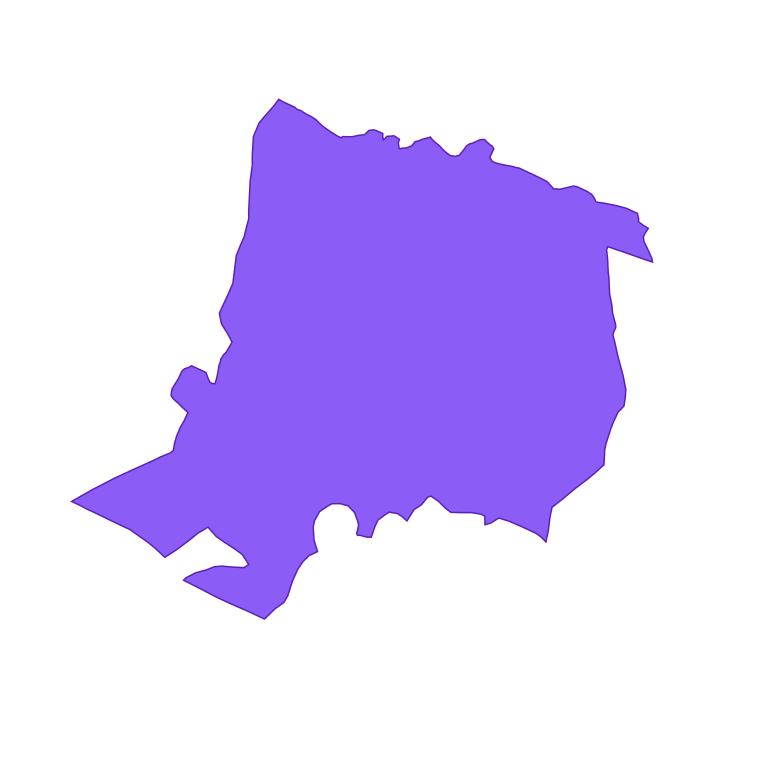 Al-Rifai, Dhi-Qar, Iraq, rotated 25°
{"feature_id": "34846034B62362991729870", "entity_name": "Al-Rifai", "entity_type": "district", "adm_level": 2, "iso_a3": "IRQ", "parent_name": "Iraq", "parent_adm1": "Dhi-Qar", "projection": "robinson", "projection_center": [46.048, 31.665], "detail": "fine", "context": "isolated", "style": "filled", "palette": "violet", "viewbox_px": 768, "rotation_deg": 25, "n_neighbors": 0, "source": "geoboundaries", "source_scale": "gbopen_adm2", "svg_char_len": 3902}
<svg xmlns="http://www.w3.org/2000/svg" viewBox="0 0 768 768"><g transform="rotate(25 384 384)"><path d="M204.9,389.4L207.7,393.4L211.0,397.8L213.1,399.4L221.2,404.6L228.6,410.3L227.6,421.9L226.3,425.1L225.6,430.4L226.3,432.8L226.6,436.8L228.3,442.8L230.0,450.1L230.7,455.3L227.9,456.1L225.6,456.1L224.2,454.9L221.8,452.9L217.8,448.8L213.4,448.8L207.6,448.8L201.9,448.8L199.8,451.7L196.8,454.5L195.4,457.7L195.4,460.9L195.4,466.1L194.7,471.4L194.0,477.8L195.1,482.2L196.1,484.6L199.5,486.6L204.9,488.2L211.7,490.6L218.4,492.7L218.4,495.9L218.4,501.5L217.7,509.1L218.1,519.2L219.1,525.6L221.1,533.2L219.4,536.9L212.3,544.5L207.2,550.9L191.9,568.6L179.7,583.1L164.8,602.4L157.6,612.4L150.5,622.5L151.5,622.5L156.6,622.5L161.0,622.5L166.8,622.9L178.3,622.9L201.7,623.3L215.3,623.3L237.5,627.4L246.5,629.7L258.6,633.7L265.7,622.5L272.9,609.1L278.6,597.5L285.0,588.1L296.3,593.1L305.7,594.8L318.5,596.6L327.5,598.4L337.7,604.7L334.7,609.6L324.9,613.6L314.0,617.6L307.6,621.2L301.2,627.9L293.2,634.6L286.5,643.1L285.3,646.6L301.5,647.1L323.0,648.0L336.6,648.0L356.5,647.5L371.6,647.5L375.0,647.5L380.3,633.7L385.6,624.3L386.3,616.7L384.4,602.0L384.1,589.0L385.6,579.2L388.6,571.2L394.6,564.0L386.3,554.7L384.0,550.3L380.3,543.5L378.8,537.2L379.5,527.0L384.0,519.4L387.4,514.5L395.0,510.9L403.2,509.6L411.9,513.1L415.3,516.7L418.3,519.6L420.6,522.7L421.8,527.5L422.3,531.0L424.0,532.4L425.2,531.7L425.9,531.3L433.0,530.1L437.2,528.3L436.0,516.7L436.0,510.0L440.5,501.5L442.8,498.0L451.1,495.7L456.7,496.6L462.7,498.4L464.2,485.4L469.1,477.4L471.4,468.0L474.0,465.8L482.3,467.1L492.5,470.7L498.9,472.1L501.0,471.1L508.3,468.0L509.1,467.6L517.7,463.6L527.1,460.9L531.3,461.3L535.0,468.9L539.5,464.9L544.8,456.9L555.3,455.5L567.8,455.1L576.4,455.1L585.1,455.1L591.5,456.4L597.5,458.7L594.9,447.5L590.7,434.5L588.4,424.7L594.1,413.6L601.2,398.4L608.7,384.1L612.9,375.2L617.5,364.2L611.8,350.2L610.4,344.1L608.5,329.0L608.0,321.7L608.0,310.5L610.8,302.7L608.4,294.3L605.6,287.0L597.1,275.3L583.9,259.6L574.9,247.8L570.7,242.8L570.2,239.5L570.2,236.7L570.2,235.0L568.8,232.2L561.2,223.2L557.4,216.5L550.4,207.0L542.8,192.4L540.0,188.0L533.8,176.2L529.1,168.4L528.7,165.0L538.6,163.9L539.4,163.8L555.0,162.2L571.1,160.6L575.8,160.0L573.9,157.2L566.8,151.0L559.3,144.9L556.9,141.0L556.9,137.0L557.8,131.2L552.5,130.7L546.1,129.4L545.0,126.7L541.6,122.3L538.7,122.3L536.0,122.3L529.6,122.3L519.8,124.0L513.8,125.4L506.7,127.2L501.0,129.0L499.1,129.4L496.1,126.7L492.4,124.5L486.7,123.6L480.3,123.6L475.5,123.6L472.1,124.5L467.6,128.1L460.8,133.4L457.4,134.3L455.9,135.7L454.3,135.0L449.5,133.0L446.1,131.6L433.0,131.2L425.5,131.2L421.3,131.2L417.2,131.2L415.3,131.2L411.9,132.1L408.9,132.5L399.9,134.8L393.9,136.1L390.5,136.5L388.2,136.5L386.0,135.2L384.1,133.9L384.1,128.5L384.1,124.5L381.5,122.7L378.8,122.3L374.3,120.9L372.1,120.0L370.2,120.5L367.6,122.3L362.7,128.1L360.0,130.3L358.2,133.4L356.7,140.6L355.5,145.0L352.2,147.7L347.3,149.0L340.1,147.3L333.4,144.6L327.7,143.2L324.0,141.9L321.7,140.6L318.7,143.2L314.9,146.4L312.7,149.0L309.7,151.3L308.5,156.2L305.9,159.3L303.7,161.1L301.0,162.4L299.5,163.8L298.4,164.2L297.6,163.3L295.0,159.3L294.6,155.7L291.6,155.3L289.7,154.9L287.9,154.9L285.2,156.6L281.8,158.4L281.1,161.5L280.3,162.9L278.5,160.7L277.0,157.5L274.0,157.5L270.6,157.5L267.2,158.0L265.7,158.9L263.1,160.7L261.5,165.1L260.8,166.5L257.7,168.3L256.3,169.1L250.3,173.6L247.3,174.9L244.2,176.3L242.0,177.2L241.2,179.0L237.8,179.0L233.3,178.5L226.6,177.6L219.4,176.3L210.4,173.2L204.4,172.3L199.5,172.3L193.1,171.4L189.0,171.8L186.3,170.9L182.2,170.9L179.6,170.9L175.4,170.9L173.2,170.9L168.3,170.5L166.6,178.6L162.4,192.9L160.5,200.4L161.1,215.1L163.6,221.3L167.8,232.0L172.2,241.4L177.0,256.8L182.7,270.8L188.7,285.4L191.5,291.1L192.8,298.6L194.0,304.6L195.0,309.5L195.3,320.4L195.9,330.2L204.5,356.6L204.8,369.3L204.8,384.4L204.9,389.4Z" fill="#8b5cf6" stroke="#5b21b6" stroke-width="1.5"/></g></svg>